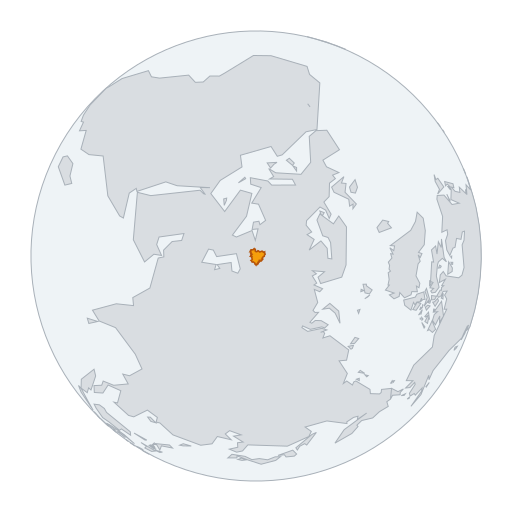 Volgograd highlighted on a globe, orthographic projection, rotated 117°
{"feature_id": "RUS-2369", "entity_name": "Volgograd", "entity_type": "Region", "adm_level": 1, "iso_a3": "RUS", "parent_name": "Russia", "parent_adm1": "", "projection": "orthographic", "projection_center": [44.238, 49.343], "detail": "medium", "context": "on_globe", "style": "filled", "palette": "amber", "viewbox_px": 512, "rotation_deg": 117, "n_neighbors": 0, "source": "natural_earth", "source_scale": "10m", "svg_char_len": 12461}
<svg xmlns="http://www.w3.org/2000/svg" viewBox="0 0 512 512"><g transform="rotate(117 256 256)"><circle cx="256" cy="256" r="225" fill="#eef3f6" stroke="#a8b0b8"/><path d="M221.5,33.4L222.2,33.3L227.1,34.8L221.0,35.2L222.9,35.9L230.7,35.7L235.4,35.4L252.5,41.1L277.6,46.2L287.7,45.7L283.8,47.9L304.6,46.1L319.6,49.7L301.2,47.1L298.2,48.1L307.7,50.9L306.7,52.6L310.8,55.1L308.7,57.0L298.1,55.9L296.6,57.2L303.4,59.2L305.7,62.8L295.9,59.6L298.8,65.5L281.6,65.9L257.0,57.5L246.0,61.1L216.8,61.9L218.0,64.2L207.7,66.6L205.2,70.2L200.5,69.8L202.6,73.2L207.4,73.0L209.9,74.5L208.9,76.8L202.7,76.4L202.3,75.2L200.0,76.4L197.3,75.3L198.1,77.1L190.7,76.7L196.4,80.6L189.2,83.2L184.8,82.1L187.4,77.6L183.4,65.5L179.6,63.8L171.8,65.4L152.5,77.4L147.5,77.8L139.2,81.5L140.9,83.1L148.1,80.9L149.3,85.3L157.9,82.6L159.6,84.1L167.6,83.5L164.0,88.7L156.3,94.1L149.5,95.1L145.9,97.7L150.5,101.2L136.0,107.7L123.3,120.6L119.8,122.0L116.4,116.2L121.1,104.7L116.7,98.9L117.2,108.0L108.4,112.1L106.0,115.2L105.1,118.3L107.4,119.0L104.0,121.7L102.2,113.3L105.3,110.7L105.9,113.2L108.0,108.0L106.8,103.2L102.4,106.1L105.1,97.2L102.0,99.3L100.9,98.8L105.6,95.9L97.2,101.2L99.7,94.6L89.7,104.0L91.9,101.7L102.1,91.7L108.6,85.7L113.1,81.8L126.8,71.4L141.2,62.1L156.3,54.0L172.0,47.0L188.1,41.2L204.7,36.6L221.5,33.4ZM31.1,269.8L32.1,280.6L35.5,301.1L37.3,310.1L33.3,290.1L31.1,269.8ZM85.3,109.2L87.8,106.3L85.7,108.7L85.3,109.2ZM237.6,35.1L231.0,35.6L224.3,35.4L230.0,34.8L237.6,35.1ZM250.2,36.8L246.8,37.2L245.0,35.6L247.5,35.8L250.2,36.8ZM295.3,45.3L290.0,44.2L295.5,44.8L295.3,45.3ZM311.7,55.1L313.5,55.0L314.8,56.4L311.7,55.1ZM169.0,80.8L168.3,82.2L167.2,81.6L169.0,80.8ZM173.1,79.5L172.3,77.8L174.2,77.0L174.6,78.0L173.1,79.5ZM312.9,60.7L314.5,63.2L311.0,60.4L312.9,60.7ZM173.7,81.7L177.5,75.6L180.8,74.2L185.2,76.9L173.7,81.7ZM314.2,64.6L318.1,71.1L322.5,71.2L312.4,75.1L312.4,67.9L307.5,64.3L312.1,65.6L314.2,64.6ZM209.4,71.9L204.2,72.3L209.4,69.9L209.4,71.9ZM212.1,70.1L224.5,61.6L231.6,62.5L226.0,65.0L235.9,64.9L233.3,69.5L227.2,70.6L223.2,69.0L225.2,72.0L212.1,70.1ZM306.2,76.3L305.6,77.9L304.2,76.1L306.2,76.3ZM211.3,74.9L213.2,73.0L219.5,73.6L216.9,77.6L215.7,76.1L211.3,74.9ZM239.8,62.7L244.0,64.1L243.0,68.1L244.5,69.3L233.8,69.7L239.8,62.7ZM213.8,77.1L215.4,79.7L211.5,81.6L209.9,76.9L213.8,77.1ZM222.2,72.1L225.1,72.7L222.6,73.6L222.2,72.1ZM198.7,90.2L200.8,87.5L204.2,87.6L198.7,90.2ZM216.3,80.5L217.6,79.9L219.2,79.7L219.4,81.8L216.3,80.5ZM233.9,72.6L232.6,74.1L238.2,72.6L237.7,75.8L230.6,75.6L233.4,77.1L233.3,78.1L227.7,76.8L233.9,72.6ZM224.5,83.4L215.3,84.6L210.7,89.4L207.5,89.4L215.6,81.8L224.5,83.4ZM226.9,79.6L224.7,81.9L221.8,80.6L221.5,78.2L226.9,79.6ZM239.9,78.2L242.5,73.3L243.9,73.5L239.9,78.2ZM223.7,85.0L225.9,84.7L223.7,85.4L223.7,85.0ZM235.5,80.5L236.3,78.6L237.9,79.0L235.5,80.5ZM229.8,85.7L226.8,86.0L226.5,84.3L229.8,85.7ZM232.9,83.5L234.9,84.4L228.2,83.5L232.9,82.6L232.9,83.5ZM237.0,81.1L238.2,80.7L236.4,81.8L237.0,81.1ZM232.5,92.0L224.1,91.4L223.5,87.6L231.7,88.7L232.5,92.0ZM70.7,333.5L63.9,296.6L69.9,290.7L72.8,277.7L115.6,259.1L122.6,267.8L154.0,278.6L157.5,282.3L151.6,292.3L173.3,315.6L183.0,308.9L204.9,322.2L220.9,324.6L230.6,304.1L204.4,299.8L202.1,288.1L224.9,282.5L248.1,286.5L248.0,282.1L235.1,271.1L242.4,263.7L230.9,266.5L234.1,271.5L227.0,273.6L223.7,269.2L226.3,266.7L219.9,263.6L208.7,277.3L210.8,283.8L192.7,282.4L194.4,293.3L188.8,296.6L183.8,279.5L185.7,274.2L174.8,253.0L171.1,258.4L181.2,278.9L177.2,276.3L172.3,284.4L172.9,276.2L162.8,253.0L147.7,249.8L125.2,262.9L117.1,259.5L111.8,250.0L123.4,229.9L140.2,239.9L144.5,233.7L144.0,220.0L149.2,224.5L151.0,220.4L157.7,223.6L169.9,217.8L177.1,220.0L184.6,208.1L189.3,207.8L183.5,214.8L183.3,221.2L201.5,227.0L205.8,225.3L209.3,217.3L213.8,220.2L214.8,211.7L226.6,211.3L213.1,205.0L216.8,196.1L225.4,190.9L224.2,187.1L210.2,195.6L206.8,200.2L207.7,205.7L196.3,218.0L189.5,218.2L192.2,201.6L182.8,200.4L189.0,188.6L223.1,171.7L235.9,170.0L251.2,185.9L246.7,191.1L238.9,187.8L243.5,199.0L244.4,194.1L248.2,196.8L252.6,189.6L255.5,191.2L254.9,181.8L258.9,183.0L259.3,188.9L269.4,179.9L278.6,180.5L279.5,177.8L277.8,174.7L290.6,177.9L290.6,175.8L286.5,173.9L284.0,168.5L284.5,160.5L288.9,162.1L289.3,165.2L296.7,174.3L297.1,182.7L299.0,182.6L299.7,175.7L290.6,164.5L289.7,159.3L294.7,163.8L292.8,161.8L293.7,159.7L298.7,159.2L293.5,153.9L297.6,130.7L307.7,128.0L311.7,134.4L319.2,121.3L330.0,120.3L326.2,118.4L327.2,111.5L323.8,111.7L322.0,110.3L323.1,93.9L326.7,91.6L322.8,83.3L320.8,82.5L317.9,83.6L312.4,75.1L322.5,71.2L326.4,73.3L330.0,69.9L338.6,75.3L347.3,78.5L354.6,87.1L360.9,89.3L361.6,87.7L370.6,90.0L386.9,100.7L370.7,98.6L345.7,86.1L355.7,91.5L352.5,92.4L355.5,95.8L362.6,99.8L364.0,98.9L370.8,118.0L386.1,134.6L387.2,127.1L392.9,127.0L411.2,141.7L428.0,177.5L435.8,179.5L439.6,184.2L440.2,192.1L434.7,185.4L430.8,187.7L427.6,183.0L426.7,194.2L422.1,188.0L423.6,200.2L428.5,202.6L431.0,194.7L434.4,208.5L443.3,209.9L449.7,219.3L453.1,248.8L448.4,265.8L449.3,269.6L444.6,270.6L442.6,282.8L454.8,291.9L455.9,297.2L450.7,316.2L449.8,312.7L437.4,315.3L438.1,329.2L447.6,330.2L451.0,338.1L445.0,341.5L441.2,334.8L436.8,335.4L435.8,324.1L428.0,311.8L421.7,321.1L420.1,314.3L408.4,306.3L398.3,319.0L383.6,348.6L385.1,366.3L378.5,377.1L362.0,358.8L355.8,342.6L349.0,346.9L332.7,336.0L302.2,342.2L298.6,337.7L292.7,341.0L281.2,337.3L275.9,329.3L268.7,330.4L283.1,351.0L290.9,349.7L298.4,340.4L300.8,347.8L311.9,352.6L297.2,372.7L253.1,390.6L250.0,377.2L222.8,335.7L224.3,331.0L224.3,330.5L224.0,329.5L220.3,336.8L216.0,328.0L229.2,358.2L230.9,370.0L252.5,391.4L250.1,393.4L257.5,397.5L282.4,391.4L282.2,395.7L269.7,415.3L236.3,437.6L241.5,450.9L240.3,460.5L221.2,464.3L224.6,470.1L215.0,470.5L215.5,472.9L208.8,473.7L196.8,472.4L174.7,465.7L171.9,463.8L158.7,455.9L139.7,436.0L143.8,430.5L141.3,422.7L125.4,398.1L128.8,388.9L124.9,382.0L116.6,378.8L112.3,370.3L107.5,367.1L78.5,349.3L70.7,333.5ZM98.6,275.5L96.9,279.1L98.6,275.5ZM271.4,301.4L286.2,301.5L281.7,287.7L287.0,286.7L283.5,282.6L281.3,286.7L273.1,275.2L280.3,270.6L279.6,264.4L274.6,264.2L262.8,274.5L274.4,290.8L270.1,296.7L271.4,301.4ZM57.0,150.4L54.7,155.0L56.5,151.4L57.0,150.4ZM60.4,144.2L58.8,147.0L59.2,146.3L60.4,144.2ZM83.8,111.0L84.3,110.4L85.9,108.5L83.8,111.0ZM108.5,112.6L108.6,113.3L107.0,116.7L106.3,115.5L108.5,112.6ZM108.2,130.2L102.6,134.3L106.2,130.4L104.2,129.3L109.2,120.0L118.3,122.3L113.3,122.8L108.2,130.2ZM118.5,108.9L114.3,114.1L118.5,108.4L118.5,108.9ZM154.8,196.0L156.1,200.3L152.1,204.0L143.0,202.4L148.7,196.8L154.8,196.0ZM158.8,205.6L164.1,190.2L169.9,191.1L165.7,193.1L169.1,195.2L163.3,199.1L163.8,215.4L160.3,219.9L145.4,213.7L152.2,213.0L150.5,208.7L158.8,205.6ZM167.1,153.6L169.4,148.1L179.1,156.9L175.8,161.1L166.5,159.4L165.0,153.4L167.1,153.6ZM180.8,88.2L181.0,86.3L182.7,86.3L183.9,87.9L180.8,88.2ZM199.4,88.9L181.4,96.8L180.8,95.0L170.9,102.4L165.5,100.5L172.1,95.6L160.5,100.0L164.3,94.8L156.6,98.5L171.8,87.8L174.7,83.7L173.5,88.9L178.4,90.8L181.4,90.3L192.0,86.2L200.7,78.7L206.9,79.7L209.0,82.4L207.9,84.4L204.2,83.0L205.4,86.6L199.2,86.2L199.4,88.9ZM230.1,119.5L226.3,116.1L227.6,125.2L221.4,124.0L221.9,125.2L216.5,126.7L210.9,130.6L208.4,129.3L207.3,131.5L203.7,132.7L201.4,135.3L196.1,134.0L192.8,137.1L192.1,134.7L187.9,140.5L188.7,135.7L184.1,137.1L185.7,141.0L162.9,129.8L152.8,129.6L143.8,132.3L146.4,124.2L156.5,116.7L169.6,111.2L179.0,112.9L178.5,109.2L182.8,109.0L181.4,112.0L186.2,107.3L189.4,108.0L201.1,104.4L206.0,97.6L210.3,96.4L210.0,99.4L214.6,96.0L217.0,101.0L220.2,100.3L225.8,104.7L223.3,111.3L227.1,110.1L231.5,113.6L230.1,119.5ZM233.9,93.4L232.4,101.1L228.2,104.4L220.3,95.4L217.0,95.3L211.8,90.2L217.9,85.7L218.9,87.5L221.2,88.3L218.3,89.4L222.4,89.1L223.8,91.7L227.3,92.3L225.8,94.6L233.9,93.4ZM163.0,279.8L166.0,281.6L171.0,282.9L168.0,288.3L163.0,279.8ZM155.8,264.1L158.7,264.6L156.9,272.4L153.8,270.7L155.8,264.1ZM161.9,258.4L159.0,264.0L158.7,260.0L161.9,258.4ZM186.4,214.9L189.7,215.1L189.4,217.1L186.9,219.5L186.4,214.9ZM232.6,147.8L231.0,144.9L232.4,144.1L233.5,137.1L238.2,137.7L239.4,142.1L232.6,147.8ZM225.3,307.3L219.8,310.7L217.7,308.4L220.0,307.6L225.3,307.3ZM191.8,300.3L198.8,304.9L190.9,301.7L191.8,300.3ZM237.9,147.2L237.8,144.2L240.2,146.4L237.9,147.2ZM241.7,137.8L244.7,139.7L238.9,136.9L241.7,137.8ZM279.6,458.5L266.2,472.7L255.3,472.9L252.4,469.5L256.8,461.1L269.2,458.1L275.0,453.1L279.6,458.5ZM470.3,324.8L471.8,320.6L471.5,321.4L470.3,324.8ZM468.9,327.4L471.0,322.3L468.2,329.8L468.9,327.4ZM471.7,320.2L473.8,313.4L474.7,309.9L474.3,311.7L471.7,320.2ZM467.3,331.1L456.7,350.0L451.9,355.4L453.5,351.4L461.3,340.2L467.3,331.1ZM453.1,351.9L445.1,355.7L430.4,348.9L435.7,344.4L450.3,342.2L449.5,345.3L454.4,344.3L453.1,351.9ZM470.6,311.7L469.6,319.2L464.2,329.3L461.5,333.0L459.7,327.9L460.7,321.9L463.2,318.2L469.7,288.2L472.6,286.4L471.2,297.4L473.3,298.6L470.6,311.7ZM386.2,367.3L392.0,374.3L388.0,378.1L386.2,367.3ZM470.4,271.3L469.1,284.3L469.6,269.7L470.4,271.3ZM469.5,259.5L470.6,262.5L468.7,261.8L469.5,259.5ZM451.1,274.6L448.7,279.4L447.6,277.0L450.1,269.5L451.1,274.6ZM454.7,227.4L458.3,234.8L459.2,238.1L456.3,235.6L454.7,227.4ZM277.8,150.6L271.0,159.5L269.2,166.9L273.1,172.4L264.7,168.7L267.5,157.3L277.8,150.6ZM294.7,132.9L291.3,128.6L294.6,128.2L295.9,129.1L294.7,132.9ZM291.3,131.9L283.6,130.9L282.9,127.0L289.1,128.5L291.3,131.9ZM260.6,138.5L258.3,141.0L256.4,139.1L260.6,138.5ZM481.1,266.0L480.8,269.5L481.2,260.9L481.1,266.0ZM479.2,285.5L478.9,287.6L478.6,288.6L479.2,285.5ZM480.2,278.4L479.5,283.5L479.7,281.4L480.2,277.5L480.2,278.4ZM474.5,296.9L475.2,298.9L477.2,289.9L475.6,298.5L476.4,300.7L475.6,304.6L475.0,301.9L473.8,310.7L472.8,313.4L472.9,308.7L474.2,298.1L475.1,292.1L478.4,279.1L474.5,296.9ZM480.0,276.6L479.6,273.8L479.8,269.2L480.2,269.6L480.0,276.6ZM477.5,267.9L475.3,267.2L474.4,273.8L475.4,257.0L477.5,260.3L477.5,267.9ZM474.1,259.7L473.3,265.8L473.5,257.0L474.1,259.7ZM472.5,265.0L471.3,261.5L472.6,258.8L472.5,265.0ZM474.8,257.8L473.2,250.3L474.7,252.5L474.8,257.8ZM468.1,254.1L472.5,253.6L468.6,259.9L463.7,247.3L465.0,243.2L468.1,254.1ZM445.5,179.8L442.6,177.0L442.4,172.6L444.5,175.7L445.5,179.8ZM439.2,156.9L441.4,170.6L442.7,182.2L444.5,181.3L448.7,189.4L443.6,187.4L439.5,174.8L439.3,167.2L435.0,161.1L432.3,153.1L426.3,147.8L423.7,143.1L429.1,145.6L439.2,156.9ZM423.7,145.9L412.3,135.1L414.0,129.9L416.9,131.0L421.4,138.0L420.2,140.4L423.7,145.9ZM410.1,131.1L408.8,133.4L389.5,125.1L385.8,122.1L401.4,125.0L401.1,127.4L405.6,130.6L410.1,131.1ZM308.1,78.3L305.8,78.0L307.6,77.2L308.1,78.3ZM320.2,110.6L318.1,108.5L320.2,107.4L320.2,110.6ZM313.4,102.5L312.4,105.1L311.6,101.7L313.4,102.5ZM310.6,111.2L311.2,105.8L313.2,112.0L310.6,111.2Z" fill="#d9dde1" stroke="#a8b0b8" stroke-width="1"/><path d="M264.0,251.8L263.7,252.2L263.8,252.3L263.6,252.5L263.8,252.8L263.8,253.1L263.4,253.5L262.9,253.7L262.8,254.0L262.5,255.9L263.0,256.3L263.2,256.6L262.9,257.2L262.5,257.6L262.2,258.5L261.3,257.9L260.6,257.8L259.6,258.9L258.9,259.1L258.6,259.1L258.6,259.3L258.8,259.3L259.0,259.5L258.8,259.6L258.5,259.4L258.4,259.5L258.1,259.7L258.0,260.2L258.4,260.3L258.4,260.5L258.7,260.6L258.8,260.9L258.3,260.8L257.9,260.4L257.8,260.7L257.6,261.0L257.1,260.9L256.9,261.1L256.8,260.5L256.2,260.3L256.2,261.0L256.6,261.1L256.4,261.8L255.5,261.7L255.4,261.8L255.5,262.0L255.3,262.2L255.0,262.2L254.6,262.5L254.4,263.0L254.7,263.3L254.2,263.3L253.3,263.4L253.1,263.3L253.1,262.9L252.9,262.9L252.6,263.1L252.0,261.8L251.4,261.2L251.0,261.0L250.8,261.2L250.2,261.0L250.4,260.6L250.3,260.2L250.5,260.1L250.4,259.6L250.9,259.3L251.8,259.1L252.0,258.8L251.9,258.4L252.1,258.1L251.9,257.7L251.9,257.4L251.2,257.1L251.1,256.7L250.4,256.7L250.3,256.2L250.5,256.1L250.4,255.7L250.5,255.3L250.8,254.6L250.0,253.7L249.4,253.4L249.3,253.1L249.1,253.0L248.8,252.4L249.2,251.7L249.0,251.3L249.2,250.9L248.9,250.8L248.8,250.5L248.4,250.2L248.9,250.0L249.1,249.7L249.8,249.3L250.1,248.7L250.4,248.6L251.2,248.9L251.9,248.8L252.3,248.5L252.6,248.5L253.8,249.4L254.6,249.2L255.1,249.0L255.4,248.8L255.4,249.2L255.7,249.0L255.8,249.1L255.9,248.7L256.5,248.7L256.8,249.0L257.0,248.8L257.6,248.9L257.7,249.0L258.0,249.0L258.3,249.3L258.4,249.7L258.6,249.8L258.7,250.1L258.5,250.5L258.3,250.6L258.5,250.7L258.5,251.1L259.1,251.0L259.6,251.0L259.6,250.5L259.9,250.3L260.6,250.8L260.6,251.2L260.6,251.3L261.1,251.3L261.2,251.1L261.6,251.2L261.6,250.9L261.8,250.8L261.8,250.6L262.2,250.6L262.5,250.8L262.4,251.0L262.7,251.4L263.4,251.3L263.5,251.8L264.0,251.8Z" fill="#f59e0b" stroke="#b45309" stroke-width="1.5"/></g></svg>